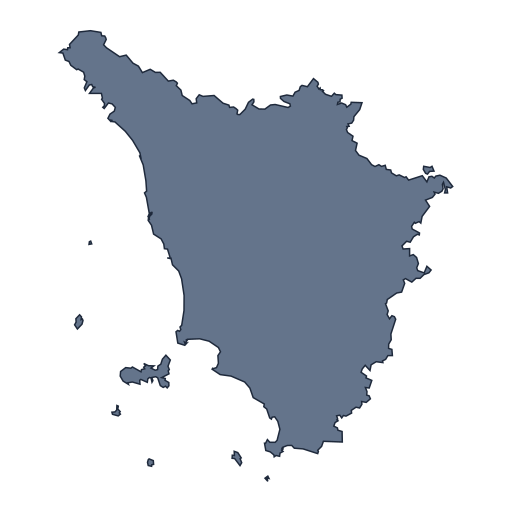 Toscana, Siena, Italy
{"feature_id": "23120603B95153686365028", "entity_name": "Toscana", "entity_type": "district", "adm_level": 2, "iso_a3": "ITA", "parent_name": "Italy", "parent_adm1": "Siena", "projection": "mercator", "projection_center": [10.807, 43.355], "detail": "fine", "context": "isolated", "style": "filled", "palette": "slate", "viewbox_px": 512, "rotation_deg": 0, "n_neighbors": 0, "source": "geoboundaries", "source_scale": "gbopen_adm2", "svg_char_len": 6001}
<svg xmlns="http://www.w3.org/2000/svg" viewBox="0 0 512 512"><path d="M107.9,118.3L111.3,122.0L110.4,120.7L110.7,120.1L111.9,120.4L111.4,121.5L114.9,121.9L125.3,131.3L132.6,140.4L139.9,152.8L140.7,156.8L139.3,155.4L143.2,164.9L145.9,180.8L146.6,191.1L144.5,192.9L146.4,197.3L149.3,213.6L147.8,217.2L149.9,215.4L149.9,212.0L150.5,214.5L152.1,211.8L151.8,214.1L148.5,217.4L149.3,217.0L148.5,218.5L149.7,217.3L148.9,218.4L149.7,219.8L148.4,218.7L148.2,220.4L151.5,225.2L153.6,234.1L161.1,238.9L163.8,244.0L164.4,248.7L167.5,249.1L170.3,258.2L167.2,257.9L170.3,258.6L171.0,258.3L172.5,264.8L178.7,271.0L181.6,278.9L184.1,295.5L184.0,310.5L181.7,325.3L180.0,327.0L180.8,329.6L179.5,331.3L177.7,330.4L176.0,331.8L177.8,343.1L184.8,345.3L186.7,343.2L185.1,343.7L184.5,342.1L185.6,342.7L187.3,340.1L185.7,340.2L187.4,339.3L199.7,338.8L209.1,341.2L218.4,347.5L220.5,351.8L217.9,355.6L218.4,363.3L216.5,367.6L212.7,368.8L213.0,367.7L212.1,369.2L220.2,374.6L231.1,376.1L244.7,382.0L249.9,388.1L253.2,397.6L264.3,404.0L263.8,406.7L266.7,409.0L269.7,417.9L271.4,419.1L272.1,417.2L274.7,416.8L277.8,421.3L279.9,429.3L277.1,440.3L275.2,442.3L269.8,442.3L267.4,439.6L265.6,443.2L264.5,443.2L265.8,450.5L270.3,451.9L273.9,454.9L274.2,456.8L276.0,455.5L279.6,456.3L280.0,453.1L283.0,451.5L281.8,450.5L282.8,449.6L283.0,448.4L282.5,449.0L281.8,448.9L282.5,447.4L287.2,445.5L291.7,445.4L294.3,448.2L303.1,448.9L317.7,453.6L318.4,451.5L317.7,450.3L321.6,446.4L323.4,441.3L342.3,442.0L342.1,431.5L337.9,430.2L337.4,427.9L333.8,426.1L335.1,422.5L338.0,420.8L336.9,419.8L337.7,419.1L336.6,415.8L339.8,415.2L341.7,417.9L343.4,415.5L346.0,416.1L351.6,413.1L351.3,410.4L356.0,407.2L359.6,408.0L361.9,404.3L361.6,401.5L366.2,402.4L370.4,398.8L369.1,395.8L366.7,395.1L367.0,391.6L365.4,387.5L369.2,388.0L371.8,380.4L366.0,377.9L366.5,376.0L361.1,372.3L362.2,369.0L365.2,365.3L370.0,370.5L371.1,364.8L376.2,361.7L382.9,362.6L382.5,360.9L385.6,359.4L387.9,355.6L392.4,355.6L391.9,349.4L388.6,348.4L388.7,344.1L391.2,339.8L390.9,334.0L395.7,319.2L394.4,316.7L391.9,315.7L389.5,318.8L387.1,314.5L388.2,310.9L385.5,303.7L386.6,303.0L387.3,299.5L396.7,293.0L401.6,292.1L404.7,283.4L403.3,279.9L405.5,278.6L411.8,282.1L416.0,278.3L420.1,278.3L423.9,274.6L428.9,272.8L431.1,270.0L426.9,266.3L424.2,272.9L417.7,270.6L416.7,267.8L418.4,263.6L416.6,257.5L413.3,254.6L409.6,255.9L409.6,248.6L403.1,249.0L402.0,245.9L406.6,241.3L410.2,242.2L413.5,236.8L417.3,234.3L419.3,234.9L419.5,233.0L412.2,229.0L411.6,226.4L414.3,222.3L415.3,223.3L419.1,221.6L420.8,223.1L422.1,216.4L429.6,206.4L425.5,200.1L432.4,197.4L435.0,194.2L434.1,192.1L438.4,193.3L441.9,191.2L443.1,188.8L442.4,184.3L443.5,182.3L445.4,189.7L444.6,192.9L447.6,192.9L446.7,186.8L450.7,188.0L452.7,186.5L446.2,178.0L439.9,175.2L435.8,176.1L434.3,178.0L431.9,176.3L429.0,176.8L426.9,181.9L422.3,175.7L408.6,180.1L406.1,176.8L404.5,177.5L399.2,174.9L396.3,175.8L391.5,172.9L390.7,170.0L386.3,169.4L385.2,165.3L381.5,166.4L378.9,164.7L375.0,166.5L371.6,164.7L366.9,158.5L359.0,155.2L355.5,150.5L357.1,143.2L352.0,140.6L353.0,136.2L347.6,132.5L346.4,129.5L347.4,127.6L346.8,126.5L349.1,126.3L348.0,123.9L351.7,123.1L353.6,120.2L353.9,116.7L359.7,109.6L362.0,102.7L351.2,102.3L350.8,104.2L346.8,107.2L345.6,104.7L341.6,103.0L337.4,104.5L337.9,102.2L340.0,101.8L340.2,99.2L342.1,98.2L341.9,95.1L335.8,94.6L334.3,93.2L331.5,96.3L325.5,94.3L322.5,91.4L323.5,90.7L322.6,89.8L320.3,89.7L320.1,88.0L318.9,89.0L317.1,86.2L318.4,84.2L317.9,82.3L313.5,78.6L307.4,86.7L302.0,85.4L300.3,86.7L299.1,90.4L295.1,92.2L292.9,96.1L286.8,95.0L280.4,96.5L280.5,98.4L284.0,101.5L289.9,103.8L290.4,106.1L288.1,107.5L275.1,104.5L270.5,105.0L264.9,109.1L259.0,109.0L252.0,104.8L253.9,101.9L253.8,99.4L252.7,99.1L248.5,102.3L245.2,109.2L239.8,114.6L237.8,114.5L237.0,113.9L237.7,110.2L235.9,108.5L233.6,107.0L229.6,107.4L228.9,105.1L223.0,103.2L214.1,95.5L203.0,96.4L199.2,94.8L196.2,98.7L196.7,102.9L192.0,103.8L189.8,100.5L182.2,95.5L180.9,90.1L176.3,85.7L177.4,83.2L176.2,81.9L173.3,80.2L168.3,81.1L160.2,72.3L155.4,72.4L150.2,69.3L142.4,72.6L138.4,66.1L133.0,63.2L126.2,55.1L119.6,56.7L106.5,47.8L103.6,44.8L106.2,39.5L105.8,38.0L104.7,36.0L101.7,35.8L100.9,32.4L90.5,30.7L78.8,32.0L78.3,35.0L69.5,44.4L70.1,47.7L67.7,47.8L67.5,49.7L63.7,49.1L59.3,52.6L62.9,53.1L65.3,60.1L69.0,61.5L70.8,65.3L76.7,69.7L78.1,69.0L83.6,72.2L84.8,76.1L84.2,79.6L86.9,81.7L84.3,87.9L85.4,90.5L89.3,85.0L91.7,84.5L92.7,86.7L95.5,87.3L93.5,87.9L89.5,93.4L101.4,93.4L102.4,98.1L101.6,99.3L104.5,103.4L104.3,105.8L102.8,107.3L104.2,108.5L108.4,103.0L112.1,103.9L115.3,107.4L114.3,111.1L110.0,114.1L107.9,118.3ZM165.9,355.2L162.4,359.2L160.8,364.2L157.9,366.1L157.6,369.6L155.2,370.2L151.0,368.1L153.9,365.9L148.5,365.7L143.8,363.5L145.5,365.8L143.7,367.2L144.7,368.8L141.5,369.6L141.0,371.8L132.4,367.0L130.8,368.2L125.7,367.6L120.6,371.5L120.2,376.1L123.1,381.1L128.4,384.3L127.8,382.8L132.3,382.0L140.0,384.2L139.7,380.3L140.8,379.4L147.3,382.3L147.8,378.9L149.4,377.5L151.0,377.9L152.0,382.2L152.9,380.6L151.8,377.5L155.7,376.7L157.7,377.8L160.3,385.6L163.2,387.4L165.5,386.2L167.2,387.9L168.9,385.8L168.8,382.5L165.0,380.3L165.3,378.5L161.7,377.6L169.0,373.8L168.2,370.8L169.3,369.6L168.0,366.2L170.3,360.0L165.9,355.2ZM237.8,452.6L234.2,451.3L234.4,455.5L232.3,455.2L232.1,458.3L234.6,458.5L240.0,465.6L241.7,462.7L240.1,458.7L241.2,457.9L237.8,452.6ZM79.6,314.8L75.9,318.7L76.1,322.1L74.6,324.8L77.4,329.0L82.0,324.2L83.0,320.5L82.4,319.0L81.1,319.6L81.5,316.9L79.6,314.8ZM423.7,166.3L423.3,169.4L425.6,173.3L427.5,174.1L429.6,171.4L434.0,171.1L432.0,166.3L430.1,167.5L423.7,166.3ZM116.9,405.5L116.7,410.0L115.0,411.9L111.9,412.2L112.5,414.3L118.2,415.9L120.4,414.1L119.3,412.9L120.2,411.6L117.8,409.0L118.3,406.1L116.9,405.5ZM153.3,460.6L149.1,458.9L148.3,459.6L147.5,462.3L148.2,465.5L151.6,466.3L151.8,464.7L153.6,464.4L153.3,460.6ZM267.8,476.1L265.0,478.2L267.8,481.3L267.0,478.1L269.0,478.5L267.8,476.1ZM90.7,241.1L89.4,241.7L89.0,244.4L91.7,243.9L90.7,241.1Z" fill="#64748b" stroke="#1e293b" stroke-width="1.5"/></svg>